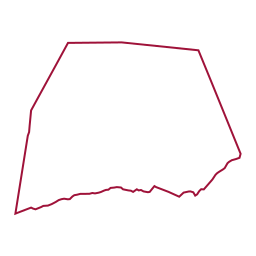 the district of Upanema, Rio Grande do Norte, Brazil
{"feature_id": "56859067B70479579251794", "entity_name": "Upanema", "entity_type": "district", "adm_level": 2, "iso_a3": "BRA", "parent_name": "Brazil", "parent_adm1": "Rio Grande do Norte", "projection": "albers", "projection_center": [-37.282, -5.615], "detail": "fine", "context": "isolated", "style": "outline", "palette": "rose", "viewbox_px": 256, "rotation_deg": 0, "n_neighbors": 0, "source": "geoboundaries", "source_scale": "gbopen_adm2", "svg_char_len": 1050}
<svg xmlns="http://www.w3.org/2000/svg" viewBox="0 0 256 256"><path d="M198.4,50.3L121.7,42.4L68.0,42.9L57.1,62.9L39.4,95.2L31.1,110.4L29.6,126.1L29.1,132.1L27.8,135.7L15.4,213.6L31.1,207.6L33.1,208.6L35.5,209.3L41.0,207.1L43.3,205.9L46.2,205.7L47.9,205.6L51.7,204.1L55.7,202.0L58.7,200.1L61.4,199.2L64.1,198.7L67.9,199.3L69.8,199.1L72.4,196.5L74.3,195.2L77.1,194.7L80.2,193.9L89.4,193.8L92.3,193.0L95.0,193.4L98.6,192.7L100.9,192.0L104.0,190.6L106.0,189.9L108.4,189.7L110.6,187.9L114.0,187.6L116.8,187.1L121.0,187.5L123.0,189.3L128.3,190.4L130.9,190.7L133.1,191.9L136.8,189.3L138.7,190.4L141.0,190.0L143.5,191.4L147.9,192.2L149.7,191.9L154.4,186.1L156.1,187.1L168.6,191.9L179.2,196.7L183.6,192.6L188.7,191.5L190.4,191.4L193.3,192.3L195.2,195.6L197.2,194.3L198.3,192.5L199.5,190.8L201.2,189.2L203.8,189.4L212.4,179.5L215.5,174.8L217.1,173.2L218.8,172.0L221.2,170.5L222.7,169.6L224.7,168.1L227.5,163.2L229.0,161.9L231.8,160.2L235.8,159.1L239.5,157.8L240.6,153.8L221.1,105.8L210.8,80.5L198.4,50.3Z" fill="none" stroke="#9f1239" stroke-width="2"/></svg>